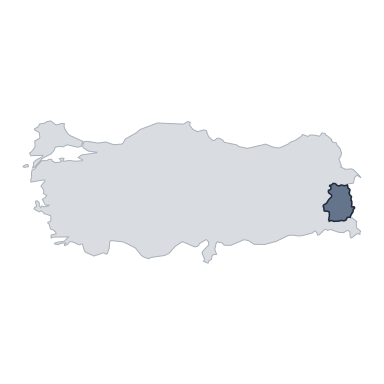 Van on a map of Turkey (Mercator projection)
{"feature_id": "TUR-3048", "entity_name": "Van", "entity_type": "Province", "adm_level": 1, "iso_a3": "TUR", "parent_name": "Turkey", "parent_adm1": "", "projection": "mercator", "projection_center": [43.807, 38.569], "detail": "fine", "context": "in_parent", "style": "filled", "palette": "slate", "viewbox_px": 384, "rotation_deg": 0, "n_neighbors": 0, "source": "natural_earth", "source_scale": "10m", "svg_char_len": 5663}
<svg xmlns="http://www.w3.org/2000/svg" viewBox="0 0 384 384"><path d="M302.6,134.5L308.1,136.5L309.9,135.0L315.0,135.2L319.5,136.3L322.0,133.0L325.1,133.4L325.7,135.1L327.2,135.7L331.9,139.9L331.4,140.4L332.5,142.0L336.5,143.0L336.9,145.1L340.0,148.3L341.6,153.2L340.7,156.6L338.9,158.7L341.4,166.0L340.6,166.9L345.5,169.3L351.6,168.9L353.6,169.9L359.5,175.7L361.0,177.9L356.9,175.2L354.6,177.5L353.4,183.1L346.9,184.1L347.9,187.8L349.7,189.4L349.1,192.8L349.6,194.2L351.3,196.4L351.1,199.5L351.8,202.7L351.8,206.6L354.5,207.8L353.3,209.6L350.3,217.3L350.5,218.0L352.5,218.1L356.9,221.7L356.2,222.9L356.7,227.9L360.6,231.1L359.9,232.7L360.0,234.4L357.2,233.6L351.5,238.0L350.9,237.9L350.1,236.4L349.9,232.0L348.6,230.8L346.8,230.6L343.7,232.6L340.8,232.5L338.0,232.1L330.5,229.4L327.8,230.3L324.9,229.3L319.3,234.7L317.6,235.1L316.8,232.4L314.8,230.9L312.3,233.0L302.7,235.5L298.3,236.0L292.9,235.1L288.4,235.4L276.2,241.4L264.6,244.5L254.2,244.3L248.5,240.6L244.0,239.7L230.7,245.4L224.2,245.2L222.0,242.8L217.0,241.9L215.9,244.1L214.8,249.5L216.6,254.4L213.8,254.6L212.0,255.7L211.5,259.4L208.9,260.8L208.1,263.1L207.6,263.1L203.5,261.3L204.6,259.5L202.0,252.7L203.3,250.6L208.7,245.0L208.5,241.8L206.2,239.5L199.4,243.6L198.8,245.2L197.2,246.4L194.6,246.9L182.5,241.6L175.4,246.2L169.3,253.0L164.7,255.5L151.2,257.4L148.8,258.7L144.2,257.3L141.4,255.5L135.2,247.8L123.3,241.9L110.8,240.5L109.7,242.0L109.3,248.0L107.3,253.6L106.3,254.2L103.6,252.8L94.0,256.0L85.8,252.4L84.4,250.8L82.5,244.3L81.3,243.8L80.0,244.7L78.6,244.7L72.7,241.8L69.5,241.7L67.6,244.4L64.5,245.6L64.4,244.8L65.7,243.0L60.7,243.3L58.1,244.7L54.5,243.9L54.8,243.1L57.7,242.2L64.3,241.2L68.5,236.9L52.7,237.1L51.2,238.0L50.9,235.8L51.8,234.7L56.0,233.9L55.7,232.0L53.2,230.0L50.4,228.9L49.1,224.1L47.7,222.9L47.9,222.2L50.5,221.4L51.0,217.9L50.6,215.7L45.5,213.9L44.4,214.0L43.1,212.2L40.9,210.8L39.2,211.9L34.0,209.0L34.9,207.0L36.2,207.0L36.5,205.4L35.5,202.6L35.6,201.2L36.7,200.8L37.9,201.1L39.2,202.7L39.4,205.9L40.8,207.7L41.7,205.9L44.1,206.9L48.3,205.9L49.1,205.1L46.0,205.2L44.9,204.4L42.4,199.3L44.9,197.8L46.8,195.3L43.3,193.6L43.9,190.1L40.9,186.1L45.0,180.9L44.8,180.2L43.5,179.9L30.9,182.1L30.7,179.7L31.6,177.7L31.5,172.8L32.1,170.1L34.4,169.3L37.3,165.3L41.9,160.6L46.7,160.7L48.7,159.4L51.6,159.3L52.4,161.2L54.9,162.5L59.4,162.3L61.5,161.0L59.4,158.7L62.0,158.0L64.0,158.5L62.9,161.1L63.5,161.3L69.3,160.5L75.3,161.2L82.0,160.8L82.8,160.0L78.1,157.5L81.1,155.3L82.8,154.8L96.7,152.8L96.8,152.2L88.3,151.1L83.8,148.1L82.6,146.5L83.5,142.5L84.4,141.5L87.5,141.3L98.0,143.1L105.6,142.0L113.8,144.7L121.6,144.1L123.2,142.9L125.2,139.1L136.3,132.8L140.2,129.5L157.4,123.0L183.3,124.1L187.8,121.6L190.4,122.4L189.7,124.1L189.9,125.7L193.0,129.5L197.6,131.7L203.9,129.9L206.3,130.6L208.5,136.6L212.5,140.2L214.4,140.5L216.8,138.4L219.1,138.1L222.9,140.2L224.2,142.3L236.5,144.8L239.1,146.6L247.4,148.4L265.8,144.1L272.6,147.0L278.2,148.0L280.6,147.5L288.1,144.1L290.4,142.2L295.1,140.5L300.9,136.7L302.6,134.5ZM64.4,123.8L64.0,126.5L65.1,129.5L67.7,133.6L70.3,135.7L82.8,141.3L81.1,146.4L77.9,147.2L67.2,144.8L62.9,146.9L59.7,146.3L55.3,147.3L54.1,150.4L51.1,153.9L42.5,158.3L34.7,167.0L32.5,168.1L33.5,165.2L33.4,162.6L36.8,159.6L41.6,157.3L42.9,155.3L30.7,155.7L29.6,153.0L30.8,152.5L34.7,147.7L35.1,145.8L34.7,141.0L39.5,138.3L39.9,137.2L39.1,132.5L34.5,129.8L34.7,128.5L37.9,127.2L39.7,123.9L44.5,123.3L46.7,121.7L50.8,120.9L56.0,125.0L62.0,123.4L64.4,123.8ZM28.4,166.7L24.3,167.4L23.0,166.7L24.3,165.3L27.4,164.4L28.5,165.7L28.4,166.7Z" fill="#d9dde1" stroke="#a8b0b8" stroke-width="1"/><path d="M347.4,185.0L347.5,185.3L347.6,185.7L347.8,186.2L347.8,186.4L347.7,186.5L347.8,186.9L348.0,187.4L348.0,187.6L347.9,188.0L348.4,188.5L349.2,188.9L349.8,189.4L350.0,190.0L349.6,190.7L349.5,191.0L349.7,191.9L349.5,192.2L349.2,192.4L349.0,192.9L349.1,193.0L349.2,193.5L349.3,193.7L349.5,193.8L349.6,194.0L349.6,194.3L349.7,194.5L349.8,194.7L349.9,195.2L350.2,195.5L350.5,195.8L351.4,196.3L351.5,196.9L351.0,198.6L350.9,199.0L351.0,199.3L351.0,199.6L351.1,200.0L350.9,200.3L351.1,200.6L351.4,200.7L351.5,200.8L351.8,201.3L351.8,201.7L351.7,202.6L351.9,203.8L351.8,204.2L351.6,205.1L351.6,205.3L351.7,205.9L351.7,206.1L351.6,206.5L351.8,206.8L352.1,206.9L353.0,207.1L353.5,206.7L353.8,206.7L354.0,206.8L354.3,207.0L354.5,207.3L354.6,207.7L354.6,208.0L354.2,208.6L353.6,209.1L353.1,209.7L353.2,210.7L353.1,211.2L353.0,211.6L352.9,212.0L352.5,212.3L352.3,212.4L352.3,212.6L352.4,213.0L352.0,213.3L351.8,213.5L351.6,213.8L351.5,214.3L351.3,214.6L350.9,215.1L350.7,215.4L350.6,215.7L350.4,216.0L350.4,216.3L350.5,216.6L350.5,216.9L350.4,217.1L350.2,217.3L348.6,217.2L347.3,217.5L346.6,218.7L346.1,219.9L345.2,220.5L344.0,220.8L342.9,220.8L342.2,220.5L341.4,220.3L340.9,220.5L340.4,220.8L338.1,221.2L335.7,221.2L334.9,221.3L334.0,221.4L333.6,221.3L332.2,220.7L330.7,220.5L329.3,221.3L328.6,219.6L328.8,219.0L329.0,218.4L329.1,217.1L329.3,216.2L329.4,215.3L329.3,214.4L329.3,213.5L329.2,211.9L327.9,211.4L326.5,211.1L325.1,211.2L324.2,210.9L323.9,209.8L324.0,209.0L324.0,208.4L323.9,208.1L323.3,206.7L323.2,206.2L323.4,205.2L323.7,204.9L325.6,203.8L326.7,203.0L327.1,202.4L327.4,201.7L329.0,199.3L330.0,198.3L331.2,197.3L331.7,195.6L331.0,194.5L329.0,193.2L328.4,192.1L328.4,190.4L330.5,189.5L330.9,189.0L330.9,188.3L331.0,187.5L330.9,186.8L330.2,186.5L329.6,186.1L329.7,185.4L330.1,185.2L331.2,185.0L331.8,184.8L332.4,184.0L333.2,183.4L334.6,183.5L335.8,184.0L336.8,185.1L337.6,185.6L339.1,185.9L339.7,185.9L340.2,185.4L340.7,185.1L341.3,185.0L342.0,185.1L342.9,185.4L343.9,185.5L344.2,185.6L344.9,185.7L347.4,185.0L347.4,185.0Z" fill="#64748b" stroke="#1e293b" stroke-width="1.5"/></svg>